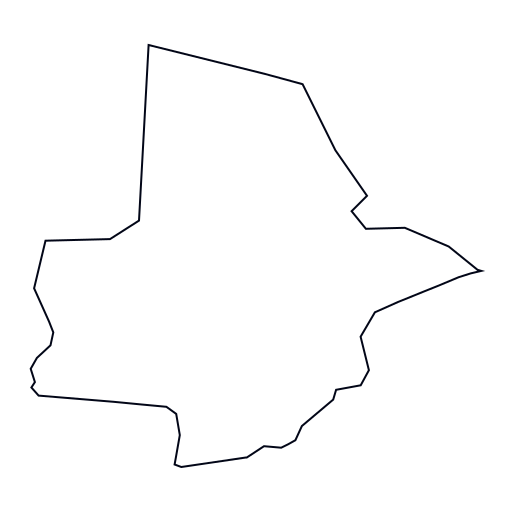 outline of Bourem, Gao, Mali
{"feature_id": "8926073B86504284097699", "entity_name": "Bourem", "entity_type": "district", "adm_level": 2, "iso_a3": "MLI", "parent_name": "Mali", "parent_adm1": "Gao", "projection": "albers", "projection_center": [-0.233, 17.792], "detail": "fine", "context": "isolated", "style": "outline", "palette": "ink", "viewbox_px": 512, "rotation_deg": 0, "n_neighbors": 0, "source": "geoboundaries", "source_scale": "gbopen_adm2", "svg_char_len": 714}
<svg xmlns="http://www.w3.org/2000/svg" viewBox="0 0 512 512"><path d="M481.3,270.9L477.5,269.8L448.7,246.5L404.8,227.8L365.9,228.8L351.6,211.2L367.0,195.8L335.4,150.3L302.6,84.2L265.2,74.0L148.6,45.0L139.0,220.6L110.0,239.1L45.5,240.7L34.1,288.3L49.1,321.7L53.3,332.4L50.5,345.3L36.9,357.9L30.7,368.8L34.9,382.1L31.4,387.5L38.6,395.6L113.6,401.8L141.7,404.5L166.4,406.8L176.2,413.9L179.8,435.1L176.1,456.2L174.6,464.5L181.3,467.0L245.9,457.5L246.8,457.5L264.0,446.2L281.2,447.7L288.1,444.3L295.4,440.2L301.9,426.0L333.2,399.6L336.1,389.8L360.7,385.3L368.9,370.2L360.6,336.7L374.9,312.3L398.0,302.0L423.9,291.5L437.9,285.9L458.7,277.2L470.7,273.4L481.3,270.9Z" fill="none" stroke="#020617" stroke-width="2"/></svg>